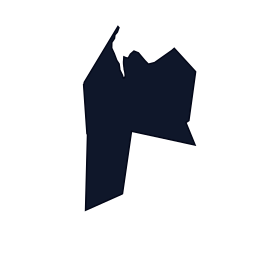 Beausejour/Myers Bridge, Soufrière, Saint Lucia, rotated 124°
{"feature_id": "8701671B90029568380485", "entity_name": "Beausejour/Myers Bridge", "entity_type": "district", "adm_level": 2, "iso_a3": "LCA", "parent_name": "Saint Lucia", "parent_adm1": "Soufrière", "projection": "robinson", "projection_center": [-61.036, 13.822], "detail": "fine", "context": "isolated", "style": "filled", "palette": "ink", "viewbox_px": 256, "rotation_deg": 124, "n_neighbors": 0, "source": "geoboundaries", "source_scale": "gbopen_adm2", "svg_char_len": 814}
<svg xmlns="http://www.w3.org/2000/svg" viewBox="0 0 256 256"><g transform="rotate(124 128 128)"><path d="M49.9,191.6L49.5,193.1L114.6,189.8L115.6,189.1L116.6,189.2L118.2,188.0L155.7,158.8L155.9,158.0L219.9,117.2L185.9,96.0L185.5,95.9L128.7,123.3L104.6,62.9L91.1,83.1L89.6,82.4L87.8,81.7L44.0,103.2L43.5,103.5L36.1,134.2L39.2,135.0L58.9,142.5L63.7,146.8L62.7,151.6L59.9,161.4L60.9,166.1L65.4,167.3L69.9,166.9L70.9,168.9L71.3,171.2L71.5,171.1L73.3,170.0L75.6,168.7L77.7,167.2L78.1,166.7L78.6,166.4L80.4,164.8L81.9,163.6L82.2,163.1L83.5,161.8L83.8,161.5L85.3,160.2L86.6,159.2L88.3,159.1L88.9,159.3L89.2,159.5L89.2,159.8L87.1,162.6L84.4,167.3L82.9,168.5L79.9,171.2L78.2,175.2L74.0,181.1L70.9,186.2L66.1,189.3L61.3,189.3L58.2,190.9L54.4,190.5L49.9,191.6Z" fill="#0f172a" stroke="#020617" stroke-width="1.5"/></g></svg>